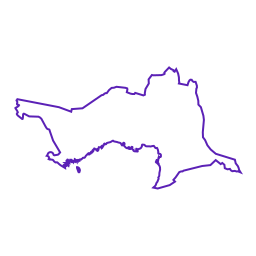 outline of Atyrau
{"feature_id": "KAZ-3198", "entity_name": "Atyrau", "entity_type": "Region", "adm_level": 1, "iso_a3": "KAZ", "parent_name": "Kazakhstan", "parent_adm1": "", "projection": "albers", "projection_center": [51.054, 47.461], "detail": "fine", "context": "isolated", "style": "outline", "palette": "violet", "viewbox_px": 256, "rotation_deg": 0, "n_neighbors": 0, "source": "natural_earth", "source_scale": "10m", "svg_char_len": 5803}
<svg xmlns="http://www.w3.org/2000/svg" viewBox="0 0 256 256"><path d="M22.2,119.0L18.0,115.7L17.3,114.9L16.9,114.4L16.8,113.9L17.0,113.5L17.3,112.9L17.8,112.5L17.8,112.2L17.0,110.6L15.5,108.4L15.4,108.0L15.7,107.8L17.6,106.7L18.6,105.9L19.0,105.2L18.6,104.8L17.3,104.6L17.0,104.1L17.0,103.5L17.2,102.9L17.3,102.3L17.2,101.5L16.6,100.7L16.5,100.4L16.6,100.2L17.1,99.8L17.4,99.2L59.0,107.2L71.2,111.7L71.8,109.1L82.5,108.3L101.6,95.2L103.3,94.8L104.4,93.7L105.7,93.1L106.8,93.1L109.0,90.1L111.6,87.9L114.0,87.7L116.5,86.8L125.4,87.8L127.2,88.4L127.4,89.5L126.8,92.2L130.4,93.6L132.3,94.0L134.4,94.0L135.2,92.9L143.4,95.4L144.9,94.7L144.8,93.2L145.5,89.0L148.8,83.5L148.6,79.4L151.9,75.0L153.2,75.3L161.4,75.1L163.9,74.3L164.6,73.8L164.3,72.8L164.8,72.0L169.1,67.5L170.8,68.9L173.5,70.2L173.6,71.2L174.6,71.7L176.2,69.2L178.1,73.5L178.9,77.3L179.0,80.6L179.3,82.3L178.9,83.5L187.5,85.2L188.5,82.1L189.5,80.4L190.4,79.7L191.7,79.8L192.5,81.1L193.6,81.9L195.6,81.9L196.9,85.8L196.9,87.7L196.4,88.5L196.0,92.9L197.3,96.6L198.3,100.8L198.4,104.6L200.9,107.2L203.4,115.8L203.9,119.9L202.8,132.2L203.0,137.3L205.1,140.1L207.4,145.3L210.7,149.5L215.8,153.8L234.9,159.7L235.7,163.3L237.9,166.2L238.6,167.9L239.2,170.1L240.6,172.4L237.9,171.3L236.7,171.5L234.8,170.9L232.3,171.2L230.8,170.3L229.9,168.9L227.5,169.3L224.8,168.2L224.4,164.8L222.3,163.0L220.7,164.1L215.7,160.1L210.4,165.1L202.2,166.0L183.4,170.7L182.6,171.4L181.2,171.4L179.3,172.1L175.6,177.4L173.4,179.9L175.0,181.6L169.7,185.1L157.7,188.5L153.3,187.6L153.7,187.2L153.9,187.0L154.5,186.7L155.6,185.3L155.9,184.7L156.3,183.4L156.7,182.6L157.3,181.9L157.5,181.6L158.0,180.1L158.5,179.1L158.6,178.6L158.5,178.0L158.3,177.6L158.5,177.2L159.0,176.4L159.2,175.9L159.3,175.3L159.4,172.9L160.1,169.7L160.0,167.3L159.3,165.5L158.1,164.1L156.9,162.9L157.4,162.9L158.1,163.6L158.6,163.8L158.6,163.5L158.1,163.2L157.9,162.7L157.9,162.0L158.0,161.4L157.6,161.6L157.1,162.2L156.5,162.6L156.1,162.4L156.0,161.7L156.3,160.8L157.0,159.3L157.0,159.9L157.3,160.2L157.8,160.3L158.1,160.0L158.3,159.4L158.4,158.1L158.6,157.5L158.8,158.3L159.0,158.1L159.4,157.1L159.6,157.0L160.4,157.0L160.8,156.7L160.9,156.3L160.9,154.9L160.4,154.1L159.6,153.8L158.9,153.7L158.4,153.5L158.2,153.0L158.3,151.9L157.8,149.5L157.3,148.6L157.2,148.1L157.0,147.9L155.9,148.1L155.5,148.0L155.1,147.6L154.1,146.2L153.8,145.9L152.7,146.0L150.5,146.5L149.2,146.3L146.5,146.3L145.9,146.2L145.4,145.9L144.6,145.0L144.2,144.8L142.7,144.6L142.2,144.7L142.0,145.0L141.9,145.4L141.9,146.3L141.8,146.6L140.8,148.1L140.4,148.4L138.1,149.3L137.5,149.3L136.7,148.8L136.3,148.8L136.2,149.1L136.2,149.6L137.2,150.1L137.5,150.6L137.7,151.0L137.7,151.4L137.6,151.5L134.6,151.3L134.0,151.1L133.6,150.8L133.5,150.5L133.5,150.0L133.3,150.1L133.0,149.8L132.2,149.0L132.0,148.8L131.8,148.7L131.8,148.2L132.4,147.4L132.3,147.0L131.8,146.9L131.4,147.5L130.9,148.8L130.4,149.0L129.7,149.0L128.9,148.8L128.3,148.5L129.1,147.5L129.3,147.3L128.8,147.1L128.2,147.4L127.2,148.1L126.7,148.1L126.2,147.8L125.7,147.5L125.3,147.0L124.4,146.2L124.1,145.7L124.5,144.2L124.5,143.4L124.1,142.9L123.5,142.8L123.1,143.2L122.9,143.9L122.7,144.7L122.5,145.3L122.1,145.4L121.6,144.8L120.9,143.5L120.5,143.1L119.9,142.8L118.4,142.5L117.0,142.0L114.0,141.4L113.0,140.7L112.4,140.9L111.3,141.6L110.4,142.1L107.2,142.9L106.8,143.1L106.1,144.1L105.7,144.3L105.3,144.2L104.8,143.7L104.5,143.6L104.3,143.7L104.1,143.9L104.1,144.2L104.2,144.3L104.1,144.6L102.1,147.9L101.7,148.2L101.5,147.6L101.6,147.2L102.0,146.5L102.1,146.1L102.0,145.8L101.7,146.0L100.8,147.0L100.2,147.3L99.6,147.4L99.1,147.2L98.8,147.2L98.6,147.9L98.5,149.5L98.3,150.1L98.0,150.6L97.6,150.9L97.2,150.7L97.6,150.1L97.9,149.6L97.8,149.2L97.3,149.0L96.5,149.3L96.0,149.7L95.8,149.6L94.9,148.7L94.6,148.6L94.3,148.5L94.0,149.0L93.2,151.3L92.8,151.7L92.9,151.2L92.9,150.0L92.6,150.3L92.1,151.4L91.9,151.5L91.5,151.6L91.1,151.8L90.0,153.9L89.5,154.4L89.0,154.4L89.1,154.0L89.2,153.6L89.3,153.2L89.1,153.1L88.8,153.1L88.0,153.6L85.8,155.9L85.1,157.1L84.7,157.6L84.2,157.8L83.3,157.7L83.0,157.8L82.8,157.9L82.2,158.7L81.3,159.1L81.0,159.6L80.7,159.6L80.0,159.4L79.7,159.7L79.6,160.4L79.5,160.8L78.8,160.6L78.6,160.0L78.4,159.9L78.1,160.0L78.1,160.7L78.0,161.1L77.8,160.9L77.3,160.3L77.0,160.0L76.7,160.1L76.7,160.3L76.7,161.2L76.7,161.5L75.2,159.4L74.8,159.2L74.7,159.9L74.9,161.5L74.4,161.2L74.2,161.4L74.0,161.8L73.7,162.2L73.5,161.4L73.2,160.9L71.8,160.2L71.4,160.0L71.1,159.5L71.1,158.8L71.1,159.9L71.2,160.4L71.5,160.9L71.7,161.8L71.9,162.1L71.6,162.1L70.8,161.7L70.9,160.9L70.3,160.3L70.1,160.1L70.0,160.3L69.9,160.7L69.2,160.5L68.3,160.1L67.6,159.6L67.2,158.9L67.3,159.8L68.9,161.7L69.2,162.8L68.8,162.6L67.8,162.5L67.4,162.1L67.2,161.6L66.9,161.2L66.5,161.1L66.5,161.3L66.8,161.7L66.9,162.4L67.0,163.2L67.6,163.5L68.5,164.5L68.7,165.2L68.6,165.5L68.5,165.9L67.5,165.1L67.1,164.7L66.1,163.2L65.8,163.0L65.1,163.0L65.6,163.4L65.7,163.7L65.7,164.3L65.8,164.6L66.7,165.6L66.4,165.9L66.0,165.6L64.1,164.9L63.9,164.9L63.7,165.1L63.8,165.4L64.0,165.7L64.5,165.8L64.8,166.1L65.0,166.8L65.1,168.0L60.5,165.2L58.7,163.7L57.7,162.7L57.3,162.4L56.6,162.3L56.0,162.5L55.4,162.4L53.9,161.2L53.4,160.4L52.7,159.8L51.7,159.6L49.5,159.5L48.7,159.1L49.3,158.3L49.0,158.0L48.8,157.0L48.6,156.6L47.7,156.1L47.3,155.9L46.8,155.8L47.4,155.0L48.1,153.3L49.4,152.3L50.9,152.1L52.2,152.6L52.7,153.0L53.1,153.6L53.7,155.0L54.3,155.3L57.9,154.7L58.7,154.1L60.1,152.4L53.1,140.6L49.8,131.1L49.6,130.2L49.3,129.6L49.0,129.4L48.1,129.2L47.3,128.9L46.7,128.3L45.6,126.6L41.4,118.8L40.0,117.5L38.5,116.7L29.2,116.4L24.3,113.8L23.7,113.7L23.3,114.0L23.1,114.5L23.0,116.6L22.8,118.2L22.6,118.9L22.2,119.0ZM79.4,168.7L79.8,169.7L79.9,170.5L79.4,172.1L79.0,172.3L78.4,171.9L78.1,171.0L77.0,167.9L77.0,167.2L77.7,167.2L78.7,167.8L79.2,168.3L79.4,168.7Z" fill="none" stroke="#5b21b6" stroke-width="2"/></svg>